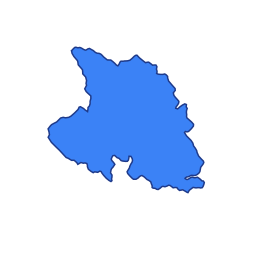 Haifa, Haifa, Israel, rotated 315°
{"feature_id": "584046B37321511847561", "entity_name": "Haifa", "entity_type": "district", "adm_level": 2, "iso_a3": "ISR", "parent_name": "Israel", "parent_adm1": "Haifa", "projection": "natural_earth1", "projection_center": [35.062, 32.763], "detail": "fine", "context": "isolated", "style": "filled", "palette": "blue", "viewbox_px": 256, "rotation_deg": 315, "n_neighbors": 0, "source": "geoboundaries", "source_scale": "gbopen_adm2", "svg_char_len": 3562}
<svg xmlns="http://www.w3.org/2000/svg" viewBox="0 0 256 256"><g transform="rotate(315 128 128)"><path d="M124.7,216.1L127.3,215.4L132.0,216.0L133.7,218.4L135.1,219.5L136.2,220.6L136.9,221.7L138.3,222.7L139.8,222.4L141.6,221.6L143.4,220.5L143.8,218.8L142.9,217.7L142.9,215.3L142.6,213.4L142.3,211.9L140.1,210.5L139.5,209.7L138.5,208.0L137.1,207.4L134.9,206.9L133.7,206.5L133.1,205.9L132.6,204.1L133.3,203.8L134.8,204.1L136.0,205.0L137.7,205.7L138.7,205.9L139.7,206.6L140.5,207.7L141.7,208.8L142.6,209.4L144.5,209.9L146.7,210.0L148.1,209.6L150.0,208.3L151.6,207.2L155.6,206.6L157.2,206.0L157.9,204.7L157.9,201.8L158.1,197.8L159.5,194.2L160.6,192.5L161.3,189.8L161.7,187.0L162.4,185.9L163.2,184.4L163.8,181.4L163.8,178.1L163.8,175.0L164.7,171.2L166.1,171.0L166.8,172.2L167.7,173.0L169.0,173.3L172.4,173.3L175.6,172.9L177.0,171.7L177.2,168.7L176.8,162.6L177.5,161.3L178.9,160.1L180.2,158.4L181.5,157.2L183.7,156.0L184.1,154.2L185.9,152.7L185.2,151.1L182.8,150.3L180.0,149.8L178.2,149.7L176.6,149.6L175.7,147.8L176.5,147.2L178.4,146.9L180.1,146.6L181.6,146.1L182.8,145.1L183.0,143.0L183.2,139.6L183.5,137.4L184.9,135.2L186.4,135.0L188.0,134.8L189.2,133.4L189.5,128.7L189.9,123.6L191.3,120.8L192.5,119.5L192.6,117.5L192.2,115.8L190.5,114.7L189.0,113.2L187.4,111.3L186.8,109.7L188.2,108.9L189.1,107.7L189.7,106.5L191.8,105.1L192.3,103.3L192.3,103.2L191.0,101.9L189.8,101.0L189.6,98.8L189.2,96.1L188.1,95.1L186.6,94.2L186.3,92.3L185.7,86.5L185.8,82.8L184.7,82.0L183.1,81.7L180.1,81.7L177.2,81.4L175.2,80.2L173.7,78.9L173.0,78.2L171.7,77.3L170.3,75.8L169.3,75.7L168.3,76.0L166.7,76.6L164.8,76.9L164.3,75.3L164.4,72.9L164.2,70.0L163.9,67.8L162.6,66.4L161.5,65.2L161.0,60.5L161.1,58.2L161.0,56.5L160.4,54.9L159.0,53.2L158.4,51.5L158.2,48.7L157.5,46.3L157.0,44.5L155.6,43.7L153.8,43.3L152.9,42.8L152.2,41.1L151.6,38.6L150.9,37.0L149.2,35.8L148.3,34.1L147.6,33.5L146.0,33.3L142.6,33.4L142.6,33.6L141.2,35.7L140.3,39.2L140.0,42.8L139.9,44.4L139.4,45.6L137.5,48.1L137.0,54.6L135.7,56.2L134.3,57.7L134.1,62.0L132.3,65.1L129.8,66.9L128.9,68.5L127.0,69.1L125.1,69.7L124.2,72.6L124.2,74.7L124.4,79.0L122.6,80.9L120.1,82.3L118.3,84.1L116.1,85.2L114.3,85.2L113.1,86.3L111.0,87.8L110.4,84.6L110.4,82.9L109.4,79.3L108.2,78.7L105.8,79.6L100.9,79.6L96.2,79.3L93.7,78.6L91.0,76.6L89.7,74.6L87.4,73.3L81.8,73.3L78.8,72.3L76.4,71.6L74.7,71.6L70.9,72.1L69.4,74.9L67.7,77.2L65.0,78.1L63.7,84.0L63.7,90.6L63.8,95.1L63.4,105.1L64.3,107.2L65.2,110.9L67.1,112.8L67.3,116.3L66.8,118.2L70.3,119.1L70.7,119.8L71.5,121.3L72.9,122.3L73.8,124.0L73.0,125.6L71.9,126.7L70.8,129.2L71.2,132.6L71.8,135.0L73.4,135.4L74.3,136.6L75.3,138.0L76.3,138.2L77.6,138.6L78.2,139.8L77.7,141.4L77.3,144.3L77.1,148.2L77.5,151.7L78.1,153.8L79.4,153.9L80.3,152.4L81.9,151.4L83.4,150.0L83.9,147.4L86.3,145.7L87.8,145.1L89.5,145.1L93.0,144.4L93.4,142.3L93.6,139.5L94.2,138.1L96.7,137.1L97.8,136.9L99.2,138.0L99.3,141.3L100.2,143.1L100.1,146.2L100.8,147.5L102.7,149.9L104.0,151.1L105.6,151.0L107.7,149.6L108.7,148.7L110.0,150.1L109.3,152.7L108.2,154.2L106.6,155.1L104.6,155.5L102.1,156.4L100.8,157.2L98.3,157.8L96.4,158.3L95.6,160.0L95.4,162.8L95.4,166.7L95.6,168.1L97.4,169.9L99.7,170.5L101.8,170.5L103.2,170.8L104.3,171.5L104.9,174.2L105.0,177.7L105.8,180.3L106.0,182.2L105.2,183.7L104.2,186.0L103.0,187.1L103.2,188.2L104.6,190.0L104.9,191.5L105.8,192.8L108.2,193.3L110.5,193.4L111.5,194.0L112.6,195.7L114.6,196.7L116.1,197.1L117.1,198.3L117.4,200.3L117.6,202.2L119.3,203.4L120.4,204.7L120.1,206.6L120.3,208.6L123.0,210.4L123.7,212.9L124.3,215.3L124.7,216.1Z" fill="#3b82f6" stroke="#1e3a8a" stroke-width="1.5"/></g></svg>